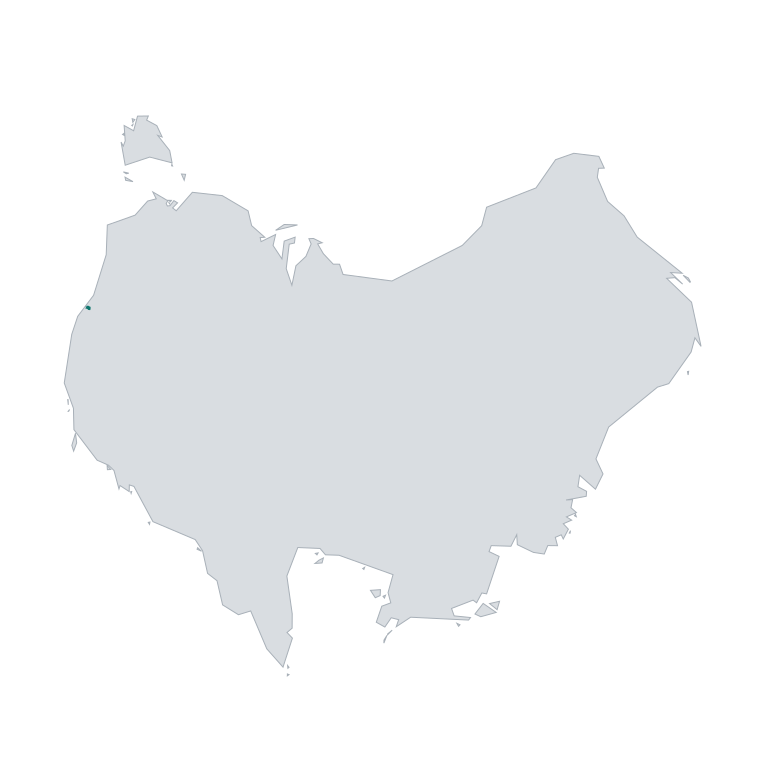 location of Newcastle, New South Wales, Australia, rotated 176°
{"feature_id": "25037944B69528063359333", "entity_name": "Newcastle", "entity_type": "district", "adm_level": 2, "iso_a3": "AUS", "parent_name": "Australia", "parent_adm1": "New South Wales", "projection": "albers", "projection_center": [151.75, -32.876], "detail": "fine", "context": "in_parent", "style": "filled", "palette": "teal", "viewbox_px": 768, "rotation_deg": 176, "n_neighbors": 0, "source": "geoboundaries", "source_scale": "gbopen_adm2", "svg_char_len": 4855}
<svg xmlns="http://www.w3.org/2000/svg" viewBox="0 0 768 768"><g transform="rotate(176 384 384)"><path d="M519.4,128.0L532.8,166.9L545.3,164.0L560.4,174.9L564.3,199.4L573.2,207.4L576.6,230.3L583.2,242.0L624.1,262.8L640.6,299.3L645.1,301.1L645.7,294.5L654.4,301.1L655.7,297.8L659.4,316.6L664.5,322.2L675.5,328.0L696.5,360.1L695.5,381.5L702.9,407.3L692.0,455.4L684.8,472.9L667.5,492.8L652.1,532.3L648.9,561.9L620.5,569.8L607.0,583.0L598.3,584.6L601.2,591.7L586.9,581.9L588.7,579.3L587.7,576.7L585.1,576.8L580.8,581.6L577.3,579.1L582.6,574.4L579.2,571.3L561.8,588.6L532.2,583.2L507.5,566.2L505.0,551.2L492.7,538.7L497.3,538.7L496.7,534.6L481.7,540.7L485.0,529.9L477.1,515.9L473.6,533.5L462.4,536.7L463.5,530.9L468.8,530.1L473.5,505.9L469.0,488.9L463.6,508.1L453.0,516.7L446.9,528.8L448.8,534.2L444.2,534.1L435.8,529.2L440.4,528.4L435.4,518.2L426.3,507.1L420.0,506.6L417.2,496.1L368.9,486.2L296.2,516.8L275.5,535.1L269.3,553.2L218.7,569.0L197.2,595.8L178.6,600.9L153.8,596.1L149.2,584.0L154.9,584.2L156.8,575.3L148.2,550.5L132.8,535.0L121.2,512.9L78.8,473.7L90.3,475.2L79.1,462.8L86.4,469.8L94.7,469.7L71.5,444.1L65.1,399.4L70.6,408.4L75.4,394.5L99.9,364.5L111.4,361.8L162.9,325.4L177.8,294.5L171.8,279.0L180.4,264.3L195.2,279.3L197.7,268.0L189.4,262.8L190.1,257.9L210.5,255.6L203.9,255.5L206.1,247.5L201.0,242.3L211.3,238.7L206.3,235.1L214.9,232.1L210.2,226.3L216.0,216.9L217.7,221.2L223.8,219.1L222.2,210.6L231.9,211.4L236.0,203.2L246.7,205.6L262.2,214.4L262.1,224.4L268.7,213.3L288.3,215.3L290.9,209.5L281.2,204.0L296.3,167.5L301.0,168.7L306.9,159.3L310.2,162.2L332.3,155.4L330.2,147.8L314.0,145.0L316.1,142.6L373.7,149.5L388.7,141.0L385.8,147.9L393.1,150.3L400.1,141.5L408.3,146.9L401.7,162.5L392.5,165.2L394.5,175.6L388.3,193.2L440.8,216.3L454.3,217.7L459.3,224.4L481.4,226.9L494.3,199.2L491.6,161.2L492.7,146.8L498.1,142.9L493.1,136.9L504.5,108.6L519.4,128.0ZM580.0,619.4L601.9,626.7L626.9,620.3L629.4,643.7L627.5,639.5L625.2,644.6L625.2,660.0L616.1,654.1L611.2,668.4L600.4,667.8L602.4,663.8L592.6,657.6L588.1,645.9L592.4,647.8L581.5,631.8L580.0,619.4ZM288.0,148.3L303.7,145.1L309.3,148.2L300.4,158.2L288.0,148.3ZM459.2,548.7L481.4,544.9L472.4,550.1L459.2,548.7ZM407.6,171.4L411.9,179.1L401.9,179.1L402.6,173.2L407.6,171.4ZM695.2,356.4L694.7,346.7L698.3,338.7L699.7,344.5L695.2,356.4ZM620.3,603.4L627.5,605.2L627.9,608.4L620.3,603.4ZM286.9,151.0L294.0,157.6L283.9,159.2L286.9,151.0ZM571.4,607.6L567.3,607.0L569.1,601.2L571.4,607.6ZM465.4,209.8L461.1,212.8L456.6,214.7L458.3,209.8L465.4,209.8ZM78.0,471.6L73.0,468.5L71.2,464.5L71.7,464.1L78.0,471.6ZM626.4,611.7L629.2,613.8L623.9,612.1L626.4,611.7ZM662.5,317.8L665.9,317.8L665.9,322.0L662.5,317.8ZM577.7,229.9L582.0,232.2L581.3,233.7L577.7,229.9ZM616.3,662.5L616.7,666.2L614.1,665.2L616.3,662.5ZM700.4,385.2L700.6,390.5L700.2,390.4L700.4,385.2ZM328.0,140.2L325.0,138.5L326.5,137.1L328.0,140.2ZM401.9,128.5L398.6,133.1L402.2,125.5L401.9,128.5ZM701.0,378.8L699.4,380.5L700.5,378.7L701.0,378.8ZM418.1,201.4L416.1,202.5L417.0,200.4L418.1,201.4ZM399.8,172.3L397.2,173.2L398.5,170.4L399.8,172.3ZM80.0,371.8L80.4,375.2L79.2,375.4L80.0,371.8ZM499.7,107.1L499.8,109.9L498.5,108.0L499.7,107.1ZM585.3,578.2L585.9,579.9L585.1,579.4L585.3,578.2ZM397.8,134.4L393.0,137.9L397.9,133.6L397.8,134.4ZM209.6,222.4L208.2,224.7L208.8,222.2L209.6,222.4ZM617.6,659.6L616.3,660.4L617.0,659.0L617.6,659.6ZM464.3,219.8L461.5,220.1L462.8,218.2L464.3,219.8ZM203.2,239.3L202.1,240.7L201.4,238.2L203.2,239.3ZM627.4,651.2L625.6,652.4L626.1,650.3L627.4,651.2ZM500.8,99.6L500.6,101.5L499.0,100.7L500.8,99.6ZM584.3,580.7L586.3,582.3L583.2,582.0L584.3,580.7ZM628.8,262.4L627.1,262.6L627.7,260.3L628.8,262.4ZM644.2,294.2L643.2,294.3L643.9,292.5L644.2,294.2ZM580.7,616.5L580.3,618.0L579.7,616.2L580.7,616.5Z" fill="#d9dde1" stroke="#a8b0b8" stroke-width="1"/><path d="M672.1,480.3L672.1,480.8L672.6,480.9L672.5,481.2L672.7,481.3L673.1,481.3L673.2,481.5L673.4,481.8L673.5,481.8L673.8,481.9L673.9,482.0L674.0,482.0L674.0,481.9L674.3,481.7L674.5,481.6L674.7,481.4L674.8,481.4L674.8,481.2L674.8,481.3L674.7,481.3L674.4,481.3L674.3,481.2L674.4,481.3L674.4,481.2L674.5,481.2L674.5,481.3L674.5,481.2L674.4,480.9L674.4,480.7L674.1,480.6L673.9,480.5L674.0,480.5L674.3,480.6L674.5,480.7L674.5,480.8L674.7,480.7L674.6,480.4L674.5,480.2L674.4,480.1L674.2,480.1L673.9,480.0L673.8,479.9L673.7,479.8L673.6,479.7L673.5,479.8L673.5,479.7L673.4,479.7L673.4,479.8L673.4,480.0L673.5,480.0L673.6,480.3L673.8,480.5L673.7,480.4L673.5,480.2L673.4,480.0L673.3,479.9L673.3,479.7L673.2,479.6L673.2,479.4L673.3,479.3L673.5,479.3L673.5,479.2L672.8,479.1L672.6,479.0L672.4,479.0L672.3,479.3L672.2,479.8L672.2,480.0L672.1,480.3ZM674.8,480.5L674.7,480.6L674.8,480.6L674.7,480.7L674.7,480.8L674.6,481.0L674.8,481.2L674.7,481.2L674.8,481.2L674.7,481.1L674.7,480.9L674.8,480.8L674.8,480.7L675.0,480.6L674.8,480.5Z" fill="#14b8a6" stroke="#0f766e" stroke-width="1.5"/></g></svg>